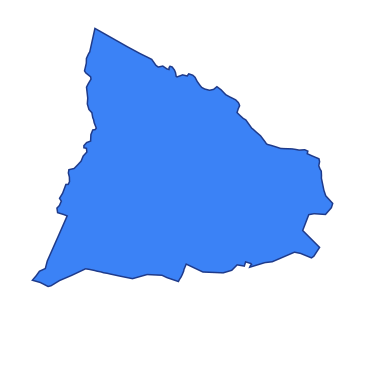 outline of Matazu, Katsina, Nigeria, rotated 16°
{"feature_id": "59680162B62360966111253", "entity_name": "Matazu", "entity_type": "district", "adm_level": 2, "iso_a3": "NGA", "parent_name": "Nigeria", "parent_adm1": "Katsina", "projection": "mercator", "projection_center": [7.633, 12.236], "detail": "fine", "context": "isolated", "style": "filled", "palette": "blue", "viewbox_px": 384, "rotation_deg": 16, "n_neighbors": 0, "source": "geoboundaries", "source_scale": "gbopen_adm2", "svg_char_len": 2191}
<svg xmlns="http://www.w3.org/2000/svg" viewBox="0 0 384 384"><g transform="rotate(16 192 192)"><path d="M330.4,164.2L321.6,158.8L318.3,154.0L312.6,143.1L311.9,140.4L310.5,136.3L308.7,134.6L306.6,131.8L306.3,127.7L304.9,125.1L296.8,124.1L292.2,123.4L292.1,120.8L288.7,120.3L283.5,122.2L280.0,122.5L276.2,123.0L268.3,125.0L265.1,125.7L260.3,125.5L255.0,125.4L251.8,125.5L250.3,125.2L248.4,123.6L242.4,119.1L237.2,116.7L233.6,114.9L231.8,114.2L223.9,107.9L220.8,107.1L216.8,105.1L214.4,103.8L213.4,103.2L213.5,99.2L214.0,96.0L213.0,94.5L211.9,93.3L208.6,91.4L203.4,90.4L202.6,90.3L197.7,89.2L191.7,85.7L186.9,83.9L184.5,87.4L180.8,89.4L175.8,89.5L172.5,88.8L170.4,87.4L166.5,84.3L163.3,80.9L160.7,79.6L160.2,79.5L156.3,79.3L155.4,81.8L150.6,82.0L149.5,82.9L145.9,85.5L144.9,85.2L143.3,81.9L141.5,79.6L138.5,77.3L136.2,77.2L135.7,78.6L136.1,80.6L134.0,80.6L129.2,79.0L125.1,81.2L122.4,80.2L116.7,75.6L103.6,73.2L89.8,70.2L53.6,61.5L55.1,85.6L54.6,87.0L54.3,88.7L53.7,92.7L54.9,97.3L55.3,105.2L57.1,106.8L62.8,109.2L63.8,111.4L62.5,116.2L61.7,120.3L65.9,130.5L67.1,136.2L70.2,141.1L73.9,143.4L76.1,147.9L77.4,149.5L78.9,152.4L82.4,157.0L81.7,158.7L79.5,159.7L79.0,164.7L80.5,171.0L77.1,173.5L75.3,177.2L75.9,179.3L78.5,179.1L79.9,182.6L77.5,187.4L76.9,192.9L74.6,197.5L72.2,201.9L67.5,204.5L67.9,207.8L70.0,211.4L71.4,215.8L70.9,218.8L68.7,219.5L68.0,228.7L66.4,234.6L68.9,236.8L68.3,241.5L66.6,244.7L68.5,248.9L74.7,249.0L78.6,249.4L75.7,270.9L71.9,298.2L72.1,306.0L67.2,310.2L65.3,315.5L62.9,320.8L71.1,320.8L79.7,322.5L82.3,321.0L89.1,313.6L99.3,305.3L110.8,295.2L114.4,294.7L119.9,294.3L122.3,294.3L123.5,294.2L126.6,293.9L129.1,294.0L133.1,293.5L135.9,293.4L138.6,293.2L140.3,293.1L141.7,293.0L144.8,292.8L151.3,292.3L158.7,291.7L171.6,283.7L186.1,280.3L191.5,281.2L203.6,281.8L204.1,279.3L204.9,276.8L205.4,274.0L205.8,270.1L205.6,269.0L206.3,262.9L224.5,265.9L244.3,261.1L251.8,256.3L255.5,249.6L262.7,248.8L262.8,244.4L268.2,244.5L269.2,245.2L268.5,246.4L268.2,248.4L281.5,239.8L288.4,236.9L307.1,221.6L313.2,221.1L325.0,222.4L326.8,220.2L329.9,210.1L309.0,198.5L310.5,181.6L315.3,179.2L326.5,176.8L330.3,168.7L330.4,164.2Z" fill="#3b82f6" stroke="#1e3a8a" stroke-width="1.5"/></g></svg>